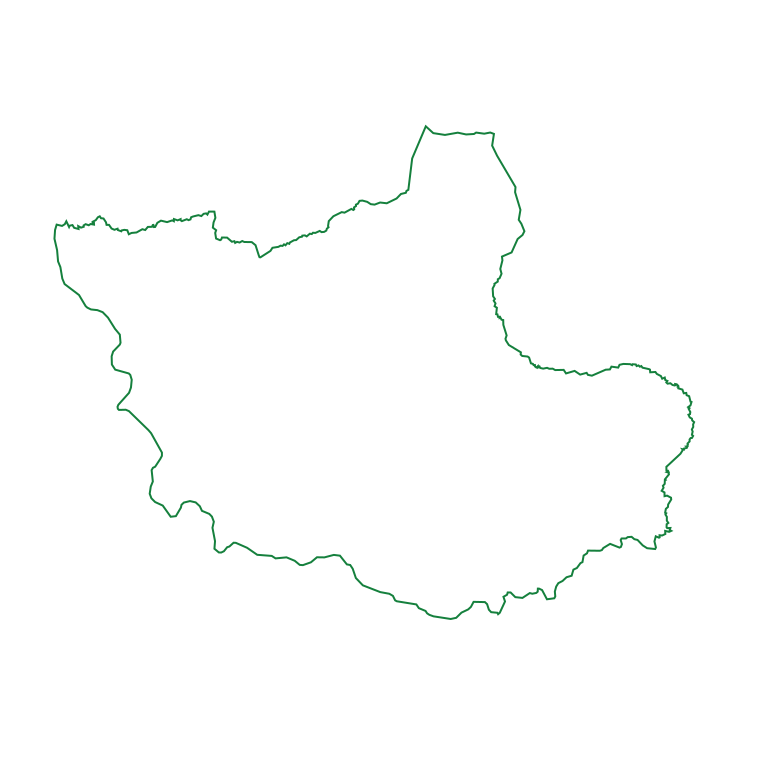 outline of Chembe, Luapula, Zambia, rotated 350°
{"feature_id": "96606910B10415646720486", "entity_name": "Chembe", "entity_type": "district", "adm_level": 2, "iso_a3": "ZMB", "parent_name": "Zambia", "parent_adm1": "Luapula", "projection": "orthographic", "projection_center": [28.787, -11.746], "detail": "fine", "context": "isolated", "style": "outline", "palette": "green", "viewbox_px": 768, "rotation_deg": 350, "n_neighbors": 0, "source": "geoboundaries", "source_scale": "gbopen_adm2", "svg_char_len": 6142}
<svg xmlns="http://www.w3.org/2000/svg" viewBox="0 0 768 768"><g transform="rotate(350 384 384)"><path d="M535.7,156.8L532.3,154.8L526.2,154.9L518.4,152.4L516.0,153.4L508.2,152.5L500.3,149.3L487.3,149.3L476.1,145.5L469.9,137.5L450.9,166.8L441.7,197.0L439.7,197.7L438.7,199.5L433.7,199.8L428.6,203.5L418.1,206.5L411.7,204.6L405.9,205.7L402.2,204.6L399.1,201.7L394.6,199.6L391.7,199.4L389.6,201.9L387.5,202.5L387.3,203.9L385.1,204.9L385.0,206.8L384.0,207.3L382.3,205.9L374.9,208.4L372.2,207.4L363.3,210.0L357.9,214.0L356.3,218.8L356.6,220.0L354.7,221.1L353.8,222.9L351.5,223.8L348.9,223.6L347.3,222.1L342.6,223.3L340.3,222.7L338.9,223.8L337.1,223.1L333.5,225.2L331.9,223.9L329.3,223.7L328.8,224.7L326.0,224.8L322.5,227.0L320.3,226.8L315.9,228.3L315.1,229.5L313.2,228.5L311.1,230.3L309.8,229.1L308.1,230.4L306.1,229.8L303.8,230.6L297.8,230.5L295.3,233.2L284.3,237.8L283.4,237.5L283.0,235.5L281.6,225.0L278.4,221.3L271.1,219.9L269.2,218.6L266.4,219.6L263.9,218.5L261.9,219.2L261.5,217.4L258.9,217.5L254.9,212.6L249.9,211.6L248.7,213.5L247.5,213.9L243.9,211.6L244.0,205.9L245.4,203.4L242.6,200.3L244.2,195.3L246.8,191.1L246.9,184.8L241.6,183.8L239.5,186.5L238.5,185.1L235.9,185.1L233.3,186.9L230.5,185.5L224.9,185.9L223.0,186.3L222.0,188.3L220.0,188.7L218.4,187.5L213.2,188.5L212.1,187.4L212.3,186.3L209.2,187.0L205.8,185.1L205.3,187.2L203.9,186.1L198.5,186.9L192.7,184.4L188.8,185.9L185.9,189.6L184.7,189.5L184.5,187.3L183.9,187.3L182.8,188.9L178.7,188.3L175.6,190.9L172.9,189.6L166.6,191.8L161.6,191.4L158.7,192.2L157.9,188.0L155.0,187.1L152.4,187.2L151.8,188.0L148.7,186.2L148.6,184.8L145.3,185.3L142.7,183.6L140.8,179.5L138.4,179.1L138.3,176.5L136.5,172.3L134.1,171.6L133.2,169.5L131.2,170.1L128.6,172.6L125.1,173.7L125.0,174.6L126.3,175.0L126.1,176.7L122.8,175.5L120.8,176.4L117.9,174.8L115.7,175.7L115.6,177.0L112.8,177.4L110.3,175.4L110.1,178.3L106.0,176.4L104.8,173.4L101.9,173.5L101.1,174.7L99.4,168.6L97.4,171.2L94.4,172.4L89.3,170.2L86.8,175.2L84.7,183.7L85.3,195.4L84.3,206.7L85.6,212.7L85.5,224.3L86.8,230.1L99.1,243.4L103.7,255.5L105.1,257.3L108.4,259.7L114.6,261.5L119.4,264.4L123.7,270.7L128.7,283.0L132.4,289.5L131.7,297.6L130.7,299.3L122.9,305.0L120.6,309.4L119.4,317.6L121.8,323.2L134.5,329.3L135.7,331.0L136.3,336.0L134.2,343.5L131.4,348.4L118.8,358.3L117.6,360.2L117.6,362.2L118.5,363.5L125.2,364.5L128.1,366.4L144.0,388.5L146.1,392.0L153.4,413.0L152.8,416.2L150.7,418.9L144.3,425.7L141.9,426.4L140.2,428.5L139.4,439.9L136.5,444.5L134.2,451.4L135.1,456.2L138.1,460.5L145.0,465.3L150.9,477.7L156.1,478.0L162.5,470.5L163.6,467.8L166.3,466.0L172.6,465.6L178.0,467.9L181.4,472.4L182.7,477.3L189.4,481.6L191.5,484.7L192.5,490.1L190.1,495.8L190.3,509.4L188.4,516.8L192.1,521.2L194.4,521.7L197.3,520.9L201.2,517.5L203.5,517.2L208.3,514.2L210.5,514.7L220.7,521.5L229.5,530.2L243.6,533.8L246.9,536.9L257.9,537.8L265.4,542.6L269.6,547.5L272.7,548.3L281.1,546.9L287.9,543.0L295.2,544.4L304.9,543.6L310.8,545.4L316.1,555.2L319.3,556.4L321.1,560.5L322.6,570.2L328.2,578.6L344.2,588.3L352.8,591.5L356.0,594.2L357.4,599.0L358.9,600.2L377.6,606.7L379.4,610.8L385.5,614.7L386.6,617.3L388.6,619.2L392.4,621.4L408.9,627.0L414.5,626.8L420.6,622.6L427.8,620.6L430.9,618.6L434.4,614.1L445.5,616.3L447.3,618.7L448.1,624.5L449.9,627.3L456.0,629.0L456.4,630.5L458.3,629.4L465.4,619.2L464.7,614.3L468.6,612.9L469.6,610.8L472.5,611.3L476.3,616.7L483.2,618.7L491.3,615.2L493.6,616.3L497.7,616.2L499.3,615.2L500.0,612.2L501.1,612.4L503.9,614.4L507.1,624.3L514.5,624.6L515.8,622.9L516.2,618.1L518.4,613.4L521.1,610.4L525.6,609.0L530.2,606.0L535.5,605.4L538.3,599.7L542.0,598.7L546.4,594.5L548.5,593.9L550.8,587.6L554.5,586.0L556.0,583.5L567.6,585.7L569.7,585.4L571.5,583.6L578.9,580.7L587.5,586.0L589.0,585.6L590.5,583.0L590.0,578.8L591.1,577.4L595.5,578.1L597.4,577.1L601.3,577.5L603.6,580.3L606.6,581.6L610.8,587.9L614.6,591.4L622.4,593.6L623.4,592.2L623.0,586.0L625.2,581.2L628.1,583.1L628.8,582.9L629.1,580.8L631.6,581.5L635.0,580.6L635.4,577.5L639.1,579.1L641.4,578.5L640.0,577.3L641.0,575.5L637.9,575.1L637.4,574.2L638.0,571.2L639.9,570.2L638.8,567.7L639.5,563.9L638.5,561.5L639.5,560.3L638.5,559.6L639.9,555.9L642.3,554.4L642.9,552.0L646.8,547.6L646.9,545.8L643.4,543.1L640.8,543.2L641.4,539.5L638.9,537.4L641.3,534.7L641.0,532.7L643.1,531.1L643.9,527.4L644.7,527.3L644.3,526.5L648.9,522.5L648.9,520.7L648.1,520.3L649.0,520.2L648.6,518.7L647.1,518.4L647.7,514.6L663.8,504.2L666.9,500.8L666.5,500.0L668.0,500.6L668.2,499.7L671.1,499.5L671.8,498.2L671.4,498.4L671.0,498.0L672.2,498.0L672.6,495.3L675.0,493.6L675.3,491.7L676.6,490.5L677.9,490.6L679.4,488.8L678.4,487.5L679.7,484.5L679.3,482.2L681.1,480.0L681.4,477.5L682.8,475.4L681.2,473.4L681.2,471.6L679.3,470.0L678.5,467.1L680.1,466.8L680.8,464.8L679.7,461.3L680.6,460.8L679.5,459.6L682.1,458.3L683.7,455.1L682.8,454.6L682.4,449.0L680.1,447.6L680.1,445.3L677.6,445.2L676.9,441.3L673.1,439.4L673.5,438.2L672.7,437.7L673.4,436.8L672.2,435.1L670.8,434.6L670.8,435.8L669.9,435.9L667.9,435.0L666.2,433.0L663.3,432.9L662.3,431.5L663.6,430.2L661.7,428.9L661.6,426.4L658.9,427.1L658.1,424.3L654.4,421.4L653.4,419.3L648.2,418.7L648.4,416.0L647.6,415.4L641.4,412.8L640.5,411.0L639.0,411.4L637.9,409.9L635.9,410.2L635.4,408.5L632.2,407.7L631.6,408.5L629.8,407.2L623.2,405.8L619.3,406.0L617.5,408.5L611.0,406.4L609.0,408.9L604.8,408.4L590.2,411.9L586.4,410.4L585.5,408.2L578.8,408.8L574.0,404.2L565.1,405.2L563.4,401.3L555.0,400.0L552.8,398.2L549.4,397.7L547.4,396.4L543.4,396.5L540.6,395.3L540.2,393.8L538.6,394.5L538.7,393.1L536.9,394.2L535.8,393.0L535.9,391.5L534.6,391.4L534.1,390.0L532.3,389.2L531.5,383.2L530.2,381.9L525.0,380.4L523.7,378.7L524.3,376.6L513.7,367.3L511.6,362.2L511.5,360.5L513.2,357.5L511.8,346.5L512.5,341.7L510.9,341.1L510.0,338.3L509.2,338.8L509.2,337.8L507.9,337.6L507.8,335.1L506.6,334.7L508.4,328.5L506.4,326.6L507.8,324.0L506.5,321.0L508.0,319.5L506.7,316.6L507.6,308.8L510.1,305.6L510.1,304.5L513.8,302.9L514.3,300.6L516.2,299.9L518.9,295.8L518.5,290.9L522.1,282.8L522.3,279.0L532.5,276.6L540.8,264.4L546.3,261.3L548.8,257.9L547.1,250.0L545.2,245.7L548.6,236.2L546.4,217.9L547.7,212.9L535.0,178.8L531.9,168.0L535.7,156.8Z" fill="none" stroke="#15803d" stroke-width="2"/></g></svg>